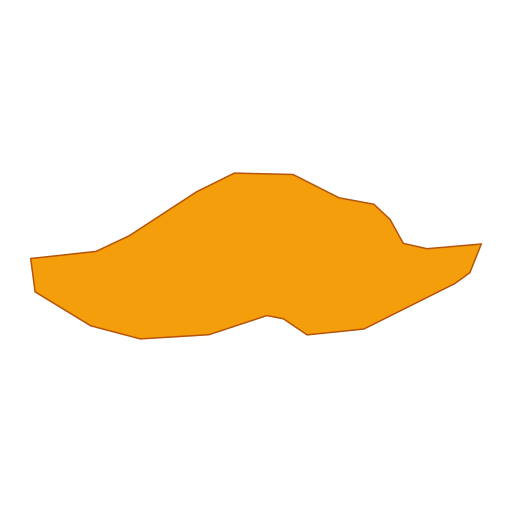 SVG path tracing the border of Dol pri Ljubljani
{"feature_id": "SVN-946", "entity_name": "Dol pri Ljubljani", "entity_type": "Municipality", "adm_level": 1, "iso_a3": "SVN", "parent_name": "Slovenia", "parent_adm1": "", "projection": "orthographic", "projection_center": [14.684, 46.097], "detail": "fine", "context": "isolated", "style": "filled", "palette": "amber", "viewbox_px": 512, "rotation_deg": 0, "n_neighbors": 0, "source": "natural_earth", "source_scale": "10m", "svg_char_len": 404}
<svg xmlns="http://www.w3.org/2000/svg" viewBox="0 0 512 512"><path d="M481.3,244.0L469.9,272.6L455.1,283.4L363.9,329.0L307.1,334.9L283.4,318.8L266.8,315.6L208.9,334.7L140.2,338.9L90.7,325.8L35.1,291.9L30.7,258.5L96.1,251.4L129.3,235.7L196.7,191.7L234.3,173.1L293.0,174.5L339.0,197.8L373.9,204.3L390.1,219.5L403.3,243.4L427.0,248.7L481.3,244.0Z" fill="#f59e0b" stroke="#b45309" stroke-width="1.5"/></svg>